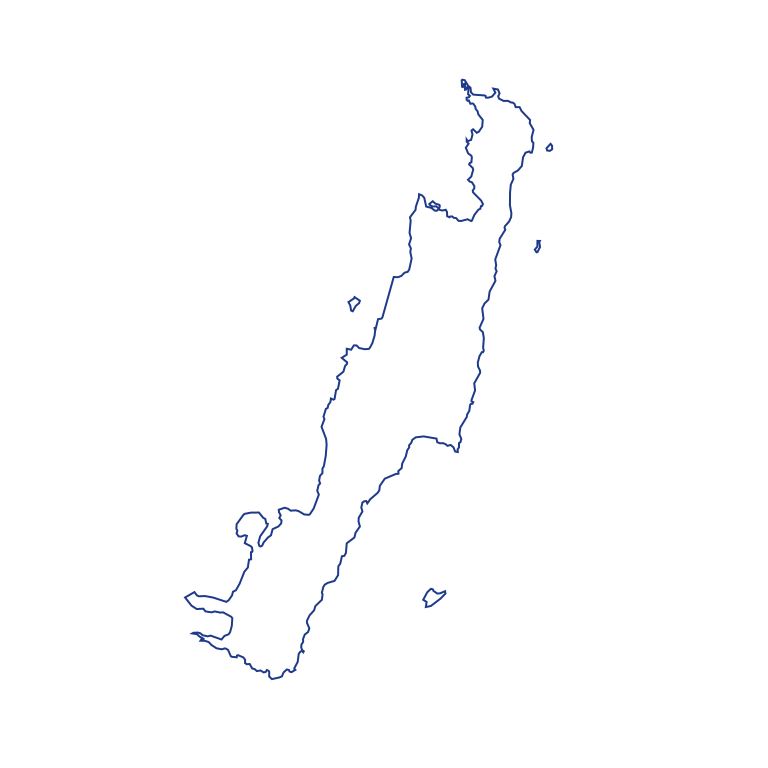 Kritis, Kriti, Greece, rotated 288°
{"feature_id": "26713481B79456911033966", "entity_name": "Kritis", "entity_type": "district", "adm_level": 2, "iso_a3": "GRC", "parent_name": "Greece", "parent_adm1": "Kriti", "projection": "orthographic", "projection_center": [24.889, 35.249], "detail": "fine", "context": "isolated", "style": "outline", "palette": "blue", "viewbox_px": 768, "rotation_deg": 288, "n_neighbors": 0, "source": "geoboundaries", "source_scale": "gbopen_adm2", "svg_char_len": 6117}
<svg xmlns="http://www.w3.org/2000/svg" viewBox="0 0 768 768"><g transform="rotate(288 384 384)"><path d="M135.9,304.8L130.4,303.1L128.1,301.4L128.1,287.5L127.0,279.2L124.9,273.6L125.1,271.5L127.5,268.0L119.5,260.8L113.7,269.4L112.1,275.5L114.5,281.6L112.6,284.4L113.1,288.2L113.7,290.8L115.4,293.3L116.0,298.9L117.1,301.6L115.4,310.7L114.4,312.1L106.9,314.0L100.3,314.3L97.9,313.5L95.1,310.1L90.8,308.4L91.1,296.8L89.5,294.2L89.0,289.0L90.1,286.8L90.1,283.9L88.5,279.6L87.5,278.7L88.3,283.4L86.8,286.5L85.8,291.9L85.0,289.3L83.1,288.8L84.4,292.9L84.4,297.0L82.4,300.7L80.9,306.3L81.5,311.5L83.5,314.6L83.0,317.8L77.8,322.4L77.5,323.6L78.6,328.4L80.3,328.1L81.0,329.0L80.5,334.7L78.9,337.1L75.6,338.1L75.1,340.1L76.2,342.8L72.7,346.6L72.9,349.0L71.7,351.8L73.4,355.2L72.5,358.6L73.6,360.5L75.7,360.9L75.6,362.8L74.7,363.8L70.3,365.2L68.7,368.6L72.6,375.2L74.5,377.3L78.6,377.6L82.4,379.7L82.6,381.9L81.4,383.0L81.3,385.0L84.7,388.0L85.4,386.7L86.3,386.6L93.0,387.8L101.0,386.3L103.7,387.2L104.8,388.7L103.9,390.1L105.0,390.3L105.7,388.3L108.0,386.6L110.6,386.0L113.7,386.8L116.4,385.8L121.3,386.1L124.6,388.4L128.5,388.5L133.2,384.4L135.4,383.9L141.0,384.7L147.2,387.5L151.5,387.3L159.6,391.6L164.9,390.6L166.4,389.4L172.4,389.0L174.9,389.7L177.4,391.9L181.5,397.8L188.0,399.4L196.5,396.9L199.7,397.9L207.2,397.2L208.2,399.3L211.5,400.0L221.0,397.8L228.9,403.3L233.7,402.9L241.0,405.1L245.5,402.2L249.1,401.3L256.1,402.9L259.5,400.6L264.4,400.1L266.2,401.2L267.2,403.3L265.3,405.0L270.3,406.6L278.5,411.6L281.5,412.4L285.8,411.5L294.2,414.0L302.3,423.3L302.9,425.3L302.5,425.8L305.6,424.5L309.5,426.8L313.9,425.9L322.0,427.1L328.3,426.6L331.4,427.6L333.4,426.8L336.5,428.1L339.7,428.2L343.1,430.7L346.4,437.9L348.3,450.8L345.1,452.6L344.9,455.5L346.0,458.5L345.8,461.2L344.8,463.4L346.6,466.2L345.3,469.6L341.8,472.5L342.1,475.2L344.6,474.2L346.9,474.9L351.0,473.6L352.4,474.7L355.7,474.5L359.4,471.3L366.2,470.0L378.2,472.9L380.8,472.5L384.8,473.4L390.6,472.4L391.9,472.7L392.5,474.2L394.3,474.5L394.5,472.7L395.6,472.2L406.1,472.6L412.5,469.6L424.4,472.0L426.4,471.2L429.6,468.1L433.3,466.6L440.0,466.2L444.5,467.2L444.8,468.3L446.4,468.6L449.3,467.0L458.4,464.8L462.9,462.5L463.9,461.9L465.5,458.5L467.1,457.5L476.7,458.5L486.3,454.0L491.6,454.7L496.5,457.3L504.6,455.9L516.6,458.1L520.7,455.7L526.0,456.3L528.3,454.3L531.6,454.0L536.8,451.3L552.0,451.9L554.5,449.8L557.8,449.1L568.2,451.7L569.9,450.3L571.6,450.3L577.2,452.8L582.0,453.3L585.7,452.4L593.0,448.5L605.1,444.7L612.8,443.0L619.1,443.7L622.9,441.6L624.8,442.0L628.3,445.3L633.9,447.7L642.6,446.2L647.7,447.1L650.1,450.4L649.2,451.8L649.8,453.1L655.1,452.7L659.6,451.5L660.6,449.7L664.3,448.2L671.9,447.7L677.1,442.0L680.2,441.4L686.1,430.5L689.2,427.4L688.0,423.7L690.7,421.6L691.4,419.7L691.0,417.6L691.6,414.5L690.2,410.3L690.9,405.4L692.8,403.7L696.1,404.1L699.3,401.4L698.7,396.7L695.5,399.9L690.7,397.9L688.4,394.5L687.9,392.4L689.4,391.5L689.5,390.4L686.8,379.5L688.3,376.6L692.5,374.7L693.7,371.8L697.9,366.9L697.6,364.5L696.9,364.0L690.8,366.4L690.8,367.3L694.1,367.3L694.9,368.3L688.9,370.1L689.5,371.1L691.9,371.4L692.4,372.0L691.8,372.9L685.6,374.4L684.6,376.7L682.9,376.1L681.8,374.1L679.8,374.8L679.2,376.1L679.9,377.0L677.2,379.6L678.2,381.5L678.0,382.6L675.9,385.2L674.1,386.0L672.2,388.8L669.6,390.4L665.6,396.3L659.0,397.9L653.2,396.2L651.6,394.6L653.8,390.0L652.1,388.9L648.5,391.1L643.1,391.4L640.8,388.6L642.0,387.1L640.0,387.8L638.7,390.2L634.0,388.8L629.3,392.8L628.1,396.5L626.8,397.5L621.8,398.6L620.7,397.2L619.1,397.1L616.8,401.7L615.4,402.6L608.3,402.9L604.2,400.8L603.0,403.0L603.0,405.3L600.1,408.8L597.9,409.4L595.4,408.6L593.8,409.5L588.4,419.8L585.7,422.5L583.6,422.2L583.2,421.3L580.3,421.4L579.0,419.9L572.8,417.7L566.5,417.1L565.9,416.6L566.5,412.6L563.0,407.2L562.2,404.5L564.1,401.3L563.6,399.0L564.4,397.1L563.8,395.3L562.8,394.8L563.1,392.2L567.0,390.8L568.8,388.9L567.0,385.9L566.8,381.7L565.1,380.6L564.6,379.0L566.1,374.4L565.8,369.3L573.6,364.7L575.1,362.0L575.3,358.7L571.9,359.6L562.4,359.5L559.4,360.2L550.6,357.2L547.5,358.9L535.6,361.6L531.0,364.7L524.5,364.7L521.2,367.7L517.7,368.2L511.9,371.5L500.9,372.6L498.0,371.9L496.2,369.1L492.1,367.1L489.8,364.1L488.8,360.2L447.0,361.9L445.5,361.5L443.8,358.3L432.9,359.1L435.1,357.2L432.4,359.0L427.1,360.1L419.3,360.3L414.2,359.4L412.8,358.8L411.2,355.2L410.5,349.3L412.2,346.0L411.4,343.4L406.5,342.2L406.0,337.7L400.4,339.5L395.8,335.7L393.2,342.2L391.8,342.6L389.0,341.4L383.2,341.6L376.5,337.2L374.8,337.9L373.7,340.7L365.3,341.7L363.3,340.3L354.5,341.6L353.5,340.8L353.8,338.0L350.2,338.6L347.0,337.5L343.8,337.8L342.4,336.4L334.1,336.6L332.2,338.2L324.0,337.8L313.9,345.9L308.5,348.2L297.7,350.8L287.2,352.2L284.5,351.6L280.2,353.0L276.9,351.5L272.2,352.1L269.6,354.0L267.6,353.0L261.8,353.5L258.7,356.2L243.8,355.6L237.1,353.7L236.3,352.8L235.3,348.4L236.7,342.2L236.6,339.2L234.7,334.4L235.7,331.4L235.6,327.7L231.9,322.8L229.7,323.7L227.2,326.3L224.2,325.8L222.6,328.7L219.7,329.3L215.9,327.6L211.5,322.9L205.2,323.3L202.2,321.1L196.2,318.5L192.6,318.1L191.3,316.8L191.6,315.3L194.3,313.6L200.9,313.3L212.5,316.9L215.1,316.7L215.0,315.1L219.0,312.8L219.4,310.5L223.1,304.8L220.6,297.3L217.4,291.5L216.0,290.7L205.2,287.2L200.7,288.3L199.2,289.9L196.3,290.0L194.2,292.7L194.7,295.3L197.1,298.2L197.2,300.5L189.6,300.8L188.6,307.4L187.7,309.0L184.4,310.6L183.6,310.5L183.2,309.6L182.7,309.5L176.2,311.8L175.2,309.9L167.3,311.2L162.3,309.2L149.5,308.4L142.1,306.9L139.8,304.6L135.9,304.8ZM203.7,491.9L199.3,489.5L190.9,488.0L189.9,491.9L184.8,492.7L187.4,497.2L197.4,504.1L203.7,507.2L205.8,506.1L202.1,501.8L201.2,499.4L202.5,495.0L203.8,493.9L203.7,491.9ZM450.9,324.9L448.2,327.7L443.7,330.0L443.5,331.8L449.5,333.0L453.2,335.3L455.8,335.3L457.5,329.1L456.1,329.0L450.9,324.9ZM570.2,382.2L571.5,381.3L571.4,377.0L572.9,373.9L569.2,371.5L568.5,371.9L567.8,375.4L569.1,378.6L567.8,382.1L570.2,382.2ZM568.2,488.0L567.5,485.7L562.1,487.4L558.4,485.9L556.4,488.3L556.9,489.2L562.5,490.1L566.9,487.8L568.2,488.0ZM659.2,471.4L662.5,470.2L663.9,468.2L658.4,465.7L656.5,467.0L657.0,469.7L659.2,471.4Z" fill="none" stroke="#1e3a8a" stroke-width="2"/></g></svg>